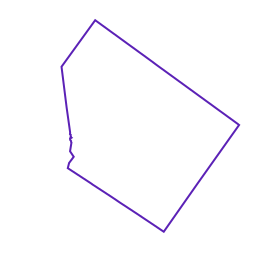 outline of Beaver, Pennsylvania, United States of America, rotated 126°
{"feature_id": "52423323B75932740903659", "entity_name": "Beaver", "entity_type": "district", "adm_level": 2, "iso_a3": "USA", "parent_name": "United States of America", "parent_adm1": "Pennsylvania", "projection": "equal_earth", "projection_center": [-80.311, 40.666], "detail": "fine", "context": "isolated", "style": "outline", "palette": "violet", "viewbox_px": 256, "rotation_deg": 126, "n_neighbors": 0, "source": "geoboundaries", "source_scale": "gbopen_adm2", "svg_char_len": 601}
<svg xmlns="http://www.w3.org/2000/svg" viewBox="0 0 256 256"><g transform="rotate(126 128 128)"><path d="M190.9,38.1L131.4,39.1L60.3,39.9L60.3,40.5L60.2,41.0L60.2,63.7L60.2,68.0L60.2,141.0L60.1,151.7L60.1,164.2L60.1,178.7L60.1,198.6L60.1,217.9L117.2,217.8L117.5,217.8L147.6,189.6L165.5,172.3L167.1,171.3L167.1,170.4L167.8,170.0L168.5,169.1L169.1,169.1L169.1,168.0L170.7,168.6L171.6,167.8L172.0,166.4L172.8,165.8L173.0,165.2L180.9,161.2L183.2,155.0L190.9,155.1L195.9,153.1L194.5,124.3L194.6,124.1L193.4,100.4L193.1,90.9L192.1,69.9L190.9,38.1Z" fill="none" stroke="#5b21b6" stroke-width="2"/></g></svg>